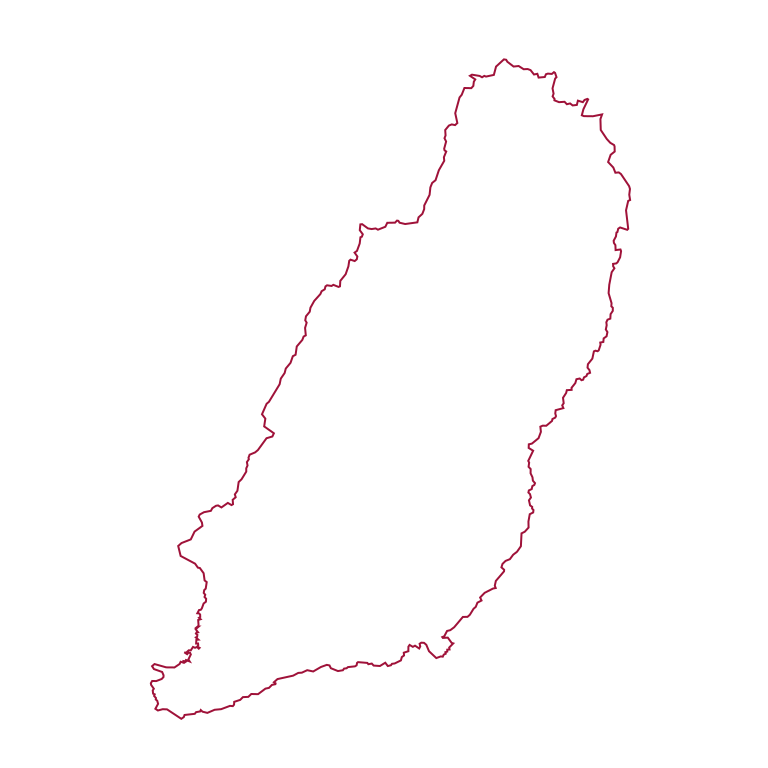 outline of Long, Phrae, Thailand, rotated 353°
{"feature_id": "78962969B48493646022270", "entity_name": "Long", "entity_type": "district", "adm_level": 2, "iso_a3": "THA", "parent_name": "Thailand", "parent_adm1": "Phrae", "projection": "orthographic", "projection_center": [99.83, 18.152], "detail": "fine", "context": "isolated", "style": "outline", "palette": "rose", "viewbox_px": 768, "rotation_deg": 353, "n_neighbors": 0, "source": "geoboundaries", "source_scale": "gbopen_adm2", "svg_char_len": 6138}
<svg xmlns="http://www.w3.org/2000/svg" viewBox="0 0 768 768"><g transform="rotate(353 384 384)"><path d="M513.7,517.1L516.0,514.6L515.5,511.1L514.1,509.3L514.8,507.3L517.8,506.3L518.8,503.4L520.9,502.5L521.8,500.8L520.0,498.1L520.0,494.7L518.6,490.5L519.2,486.3L517.4,483.8L518.5,479.7L517.8,477.9L523.9,468.4L519.8,465.1L520.4,461.5L523.5,461.2L530.8,456.6L533.9,450.6L534.0,445.4L536.4,444.7L540.0,445.2L546.3,441.1L546.9,439.3L549.9,438.2L550.8,436.8L550.4,434.1L551.2,430.9L559.1,429.8L558.3,426.9L560.0,425.0L560.0,419.5L563.7,415.1L564.7,412.4L569.5,412.7L569.7,410.6L574.0,406.4L575.6,402.7L578.9,402.4L580.5,404.3L582.2,404.0L583.3,401.8L585.9,400.8L587.0,398.8L589.9,398.0L589.6,395.2L588.0,392.6L588.8,389.2L593.9,384.2L596.3,377.2L597.9,376.7L600.0,377.5L601.2,376.8L603.7,371.5L603.7,369.2L606.8,369.0L607.6,365.5L610.7,363.8L612.1,359.7L610.8,356.9L612.2,352.8L612.2,349.8L613.7,347.4L616.6,346.7L617.4,342.3L620.0,339.3L620.4,336.2L619.1,334.6L619.7,331.5L618.0,321.2L619.7,312.9L623.6,300.8L626.8,297.2L625.8,295.1L626.0,292.7L629.3,292.6L630.7,291.6L633.8,287.0L635.5,281.0L635.1,279.3L630.2,279.3L630.6,274.4L629.4,272.0L629.4,269.8L632.2,265.8L633.2,262.0L634.2,261.6L635.4,258.4L637.4,257.4L644.2,260.6L645.3,259.7L645.4,241.1L648.7,232.0L650.7,231.4L650.5,226.0L651.9,220.4L651.4,217.5L644.8,204.5L642.8,202.6L639.4,202.5L638.0,197.1L633.5,191.0L636.9,184.1L641.3,181.4L641.8,176.3L641.5,174.9L638.0,172.2L635.0,168.0L630.1,158.3L631.1,147.4L633.3,143.0L624.0,143.7L615.1,142.5L613.1,141.4L615.4,135.6L621.3,126.4L620.6,125.8L617.7,126.5L615.7,128.5L611.0,126.4L609.4,130.5L605.2,130.5L602.9,128.2L599.6,128.6L597.6,125.9L592.1,125.6L587.7,123.2L588.0,121.8L586.4,119.1L587.7,116.5L587.3,111.1L591.1,101.7L592.6,100.5L591.7,96.1L590.7,95.2L588.4,96.7L584.5,95.9L582.5,96.3L581.0,98.9L574.8,98.7L574.0,94.8L570.6,95.1L567.7,90.3L565.0,88.9L561.0,88.6L556.4,84.8L551.3,84.7L545.7,79.2L544.8,77.1L542.6,76.4L533.9,82.6L530.7,90.6L522.7,91.3L521.1,90.4L518.7,91.5L516.5,89.9L509.0,87.7L506.9,88.6L511.7,92.8L510.0,94.9L509.0,99.0L506.7,101.0L499.9,100.0L496.4,106.4L493.9,108.8L487.7,123.9L488.6,133.9L486.1,135.7L482.9,134.6L479.9,135.4L475.7,139.4L475.4,144.8L474.0,147.4L475.2,150.9L472.4,157.8L472.6,159.5L474.1,160.8L471.1,166.2L471.0,169.8L464.5,178.5L460.0,188.0L456.3,190.3L454.0,194.5L452.3,201.8L445.7,211.7L445.2,215.3L442.8,219.8L438.6,222.8L436.8,227.6L424.5,227.8L419.1,225.8L418.1,223.8L416.8,223.4L414.6,225.2L406.9,224.4L404.5,228.1L396.8,230.1L394.7,228.6L390.6,228.7L387.0,227.6L381.8,222.7L380.0,222.7L378.7,228.4L381.2,232.8L380.0,235.1L378.5,235.5L377.0,241.6L373.4,248.6L370.8,250.0L373.1,254.2L372.2,256.9L369.9,258.4L365.9,256.5L364.5,257.5L363.0,262.9L359.3,270.4L353.2,276.3L352.2,281.7L350.7,282.1L345.8,279.4L343.9,280.3L339.5,279.1L337.8,280.0L336.7,282.8L333.4,284.3L331.8,287.0L324.9,293.0L320.3,299.3L319.1,303.2L314.8,307.3L313.6,311.2L314.7,313.7L312.5,318.7L312.3,326.2L310.0,327.1L308.3,330.3L302.0,336.1L299.8,344.2L296.9,345.3L293.8,351.6L288.4,356.7L286.7,361.0L282.2,366.1L280.4,371.5L267.6,387.7L265.1,389.3L259.2,399.2L262.0,403.9L259.9,411.5L268.7,419.5L266.8,422.5L260.8,423.5L250.8,434.2L247.7,436.2L242.0,437.8L240.5,440.7L240.7,442.2L238.4,444.8L238.6,448.3L237.0,450.9L236.6,454.2L231.0,461.2L227.8,463.6L225.5,472.1L222.5,475.4L223.0,478.3L219.7,480.5L219.5,484.9L217.9,485.6L214.5,483.0L207.6,486.7L204.5,484.3L202.4,484.4L198.5,486.3L196.7,488.8L189.7,489.3L185.2,491.1L183.9,493.1L186.4,499.3L186.5,502.7L178.0,507.4L173.3,514.7L163.6,517.2L160.0,519.7L161.2,529.9L174.6,539.3L176.9,543.6L178.8,544.2L181.9,549.8L182.0,557.1L183.9,559.0L182.1,565.4L180.4,566.7L179.6,569.4L180.9,571.4L179.9,573.5L181.3,575.5L180.7,578.4L178.2,579.9L175.8,584.6L174.6,585.8L172.9,585.8L170.8,588.8L172.5,589.2L173.4,590.4L173.2,592.9L171.9,593.5L173.3,595.1L170.8,595.6L170.5,601.3L168.8,602.4L170.2,602.4L167.2,604.4L169.1,607.7L167.7,607.7L166.9,608.8L168.2,610.2L167.7,612.1L166.4,612.6L168.6,615.1L166.6,615.0L165.9,618.7L167.8,618.9L167.8,620.6L166.7,621.8L168.8,623.4L167.9,624.1L166.3,622.2L164.3,622.8L162.4,621.7L159.7,624.9L157.8,624.5L154.8,626.6L153.1,626.0L155.7,628.2L157.2,626.8L158.8,627.3L159.3,628.9L156.3,633.5L157.3,635.7L153.8,633.8L153.0,635.0L151.1,634.5L150.9,635.3L152.7,635.8L151.5,636.4L148.3,634.9L147.0,637.0L141.5,639.8L133.3,638.7L122.1,634.0L119.4,635.8L120.9,638.9L128.7,642.8L129.7,646.2L129.4,648.0L127.4,649.7L121.7,651.1L117.7,650.5L116.1,652.6L116.2,654.3L118.4,658.4L117.1,660.0L117.1,663.2L118.6,664.1L117.8,665.6L119.4,667.9L119.0,669.3L120.3,670.7L120.8,673.9L117.5,678.5L119.8,680.5L124.7,679.8L129.0,680.5L142.0,691.6L144.7,690.2L145.7,688.2L156.0,688.3L157.5,686.8L161.6,686.6L162.4,685.3L163.9,687.1L168.6,688.9L176.2,686.7L182.7,686.9L191.9,684.7L194.7,685.3L196.1,684.0L196.6,681.2L202.8,680.0L205.8,677.6L211.2,678.0L214.5,675.5L221.2,676.5L229.2,671.9L232.8,671.6L236.1,669.0L239.6,668.7L239.9,667.9L238.4,666.6L242.3,663.9L258.3,662.4L263.7,660.3L267.3,660.5L272.9,658.7L278.7,660.7L286.9,657.2L293.0,655.8L295.6,656.7L296.6,659.6L303.3,663.3L308.3,663.1L309.7,661.6L312.2,661.6L313.7,660.6L320.8,660.7L322.5,659.9L323.3,657.5L324.3,656.9L333.5,658.8L334.3,660.2L337.8,660.0L339.4,662.2L345.6,663.4L351.3,660.8L353.4,664.4L356.6,664.0L357.8,662.7L360.5,662.7L367.1,660.4L368.4,657.2L370.8,655.9L370.9,653.1L375.6,652.2L376.2,647.7L377.6,646.1L380.6,648.4L382.9,647.5L386.7,650.8L388.0,648.9L387.7,646.2L389.5,645.3L392.2,645.8L394.2,648.0L396.1,654.7L402.5,662.4L407.2,661.3L409.1,661.8L410.3,659.9L412.4,659.2L412.2,657.7L414.2,657.3L414.4,655.4L416.7,655.5L416.6,653.5L421.1,649.9L419.6,649.2L416.4,643.5L411.5,643.2L411.0,642.3L413.1,641.7L416.5,636.8L419.8,636.4L424.0,634.0L433.9,624.8L438.5,625.3L441.1,623.5L445.5,618.0L447.9,616.4L450.1,612.4L454.4,610.8L453.4,607.6L458.5,603.5L467.3,600.3L470.0,600.1L469.4,597.7L471.0,593.1L480.3,584.6L480.6,583.0L478.2,580.3L479.7,577.0L483.1,574.4L487.6,573.2L491.4,569.2L495.6,566.7L500.1,561.7L502.3,549.0L505.7,547.8L510.0,544.1L510.6,538.1L512.8,531.0L516.4,529.7L517.0,527.3L515.8,525.7L516.1,524.0L514.2,522.3L513.7,517.1Z" fill="none" stroke="#9f1239" stroke-width="2"/></g></svg>